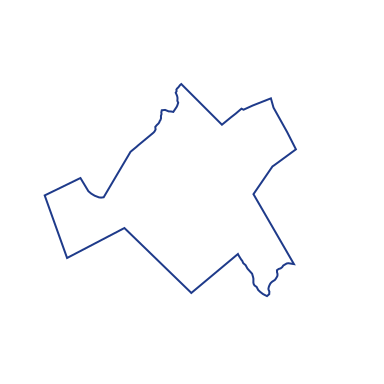 Jerumenha, Piauí, Brazil, rotated 121°
{"feature_id": "56859067B83359970281182", "entity_name": "Jerumenha", "entity_type": "district", "adm_level": 2, "iso_a3": "BRA", "parent_name": "Brazil", "parent_adm1": "Piauí", "projection": "albers", "projection_center": [-43.534, -7.112], "detail": "fine", "context": "isolated", "style": "outline", "palette": "blue", "viewbox_px": 384, "rotation_deg": 121, "n_neighbors": 0, "source": "geoboundaries", "source_scale": "gbopen_adm2", "svg_char_len": 1432}
<svg xmlns="http://www.w3.org/2000/svg" viewBox="0 0 384 384"><g transform="rotate(121 192 192)"><path d="M215.3,78.9L213.4,78.1L211.8,76.7L210.0,76.0L208.0,75.9L204.5,74.0L203.4,72.7L201.3,67.5L162.2,138.2L128.6,136.2L127.4,135.6L101.9,124.9L91.7,141.2L87.4,148.7L77.7,165.6L71.1,172.6L86.6,184.5L94.9,190.2L95.1,192.5L102.3,194.9L108.0,197.1L118.9,201.0L105.0,256.8L106.5,257.3L109.3,257.6L111.1,258.1L112.3,258.1L113.6,257.1L115.3,257.1L116.1,255.9L117.3,254.3L118.3,253.3L119.3,252.6L121.4,251.5L122.6,249.8L125.7,249.1L127.3,249.0L129.0,249.1L131.2,249.2L133.0,249.3L133.8,251.5L134.9,253.5L135.5,257.3L137.5,260.0L139.6,259.3L140.8,258.3L142.8,257.8L144.8,256.5L146.8,256.1L148.1,256.2L149.3,255.9L150.9,256.1L152.5,256.6L155.1,257.0L157.2,255.4L159.5,255.3L161.0,255.6L179.5,262.1L180.8,262.5L182.1,262.9L189.1,265.4L216.6,265.2L242.0,265.0L243.6,267.0L244.5,268.9L245.3,273.5L245.3,277.5L244.7,281.2L237.5,294.8L239.1,295.9L270.8,316.5L312.9,265.1L257.7,231.4L278.5,142.1L278.9,140.6L221.5,120.7L222.4,119.3L224.7,114.8L225.0,113.7L226.6,111.4L227.1,108.4L229.1,105.0L231.1,98.4L233.5,95.8L234.7,94.7L238.1,92.7L239.2,91.6L239.9,90.3L240.1,87.7L241.9,84.8L242.5,82.1L242.9,78.7L242.8,76.7L242.6,74.1L239.8,73.2L237.5,74.4L236.3,76.1L235.3,76.8L233.3,77.4L230.7,77.7L229.3,77.6L227.6,77.1L224.8,75.7L223.3,75.5L220.4,75.5L219.2,75.9L218.0,76.7L217.1,77.7L215.3,78.9Z" fill="none" stroke="#1e3a8a" stroke-width="2"/></g></svg>